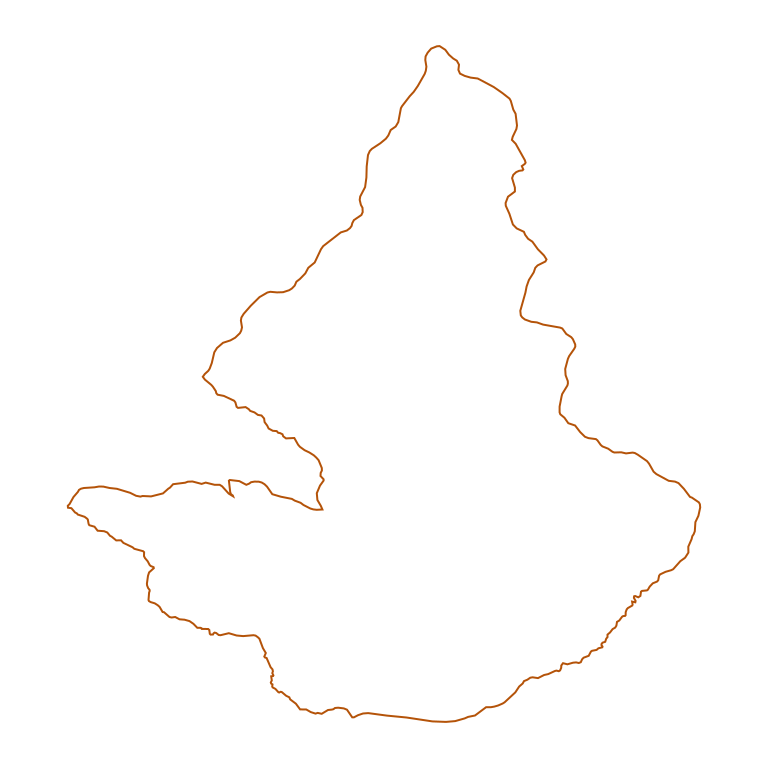 the district of Aratoca, Santander, Colombia
{"feature_id": "7082276B70288083001558", "entity_name": "Aratoca", "entity_type": "district", "adm_level": 2, "iso_a3": "COL", "parent_name": "Colombia", "parent_adm1": "Santander", "projection": "albers", "projection_center": [-73.027, 6.735], "detail": "fine", "context": "isolated", "style": "outline", "palette": "amber", "viewbox_px": 768, "rotation_deg": 0, "n_neighbors": 0, "source": "geoboundaries", "source_scale": "gbopen_adm2", "svg_char_len": 6080}
<svg xmlns="http://www.w3.org/2000/svg" viewBox="0 0 768 768"><path d="M445.3,49.8L439.6,46.1L436.9,46.3L431.2,48.6L427.7,52.6L425.6,56.4L425.3,60.0L426.4,66.7L425.8,70.8L424.7,73.9L417.8,86.0L413.7,91.9L409.8,96.1L402.0,106.2L400.9,108.2L398.3,122.1L395.7,126.5L390.7,130.0L388.3,135.5L385.9,138.7L380.3,143.3L371.9,148.8L369.8,151.0L368.0,155.0L366.7,166.4L366.4,177.5L365.1,187.1L360.2,196.5L359.7,199.9L360.9,204.9L362.5,207.8L362.7,212.1L361.4,215.0L353.9,220.1L352.3,223.1L351.6,225.9L350.0,228.1L346.9,230.5L340.8,232.4L323.2,246.1L321.0,249.2L314.7,262.5L308.3,267.8L305.3,273.4L299.9,279.0L296.4,281.7L294.7,285.6L291.9,288.5L289.2,290.2L283.1,292.2L277.0,292.4L270.3,291.8L267.4,292.5L259.5,297.1L250.8,305.7L243.7,313.8L241.4,317.5L240.9,320.5L242.0,327.4L241.2,330.7L239.9,333.2L235.2,337.7L230.4,340.4L223.0,342.8L217.0,348.0L214.3,352.3L211.8,363.0L209.7,368.6L208.3,370.8L204.8,374.0L202.8,376.8L204.9,379.6L211.3,384.9L212.9,386.7L215.8,391.1L216.3,393.2L217.6,394.7L223.8,395.9L234.2,400.8L235.4,402.4L236.6,406.8L238.0,407.9L245.6,407.1L248.8,409.2L250.2,410.9L254.5,412.4L257.9,414.9L261.5,415.5L264.1,418.5L264.6,422.1L267.2,425.6L268.6,428.5L272.8,430.8L276.7,431.1L278.2,432.8L280.1,433.1L282.5,434.3L283.2,436.3L286.0,438.4L294.3,438.0L298.1,444.7L299.9,446.8L304.6,450.2L309.4,452.5L313.8,455.3L316.3,457.6L318.6,460.2L321.8,468.0L321.9,470.5L320.7,472.9L320.5,476.0L323.6,479.3L323.6,480.6L320.0,485.6L316.8,493.2L317.4,500.0L320.8,505.8L322.4,509.5L316.7,509.8L313.3,509.4L310.3,508.5L303.5,505.0L300.6,502.8L294.7,500.6L291.9,498.9L280.8,496.7L272.3,494.2L267.0,486.6L264.5,484.2L261.7,482.5L258.8,481.7L254.5,481.6L251.1,482.2L249.2,483.6L246.3,484.8L239.3,481.1L229.8,480.0L228.9,480.7L230.2,492.0L230.9,494.1L232.8,495.5L233.1,496.3L228.7,493.6L222.1,486.3L219.7,484.8L214.6,484.8L205.7,482.6L201.6,483.9L192.5,481.5L187.8,481.7L185.2,482.7L173.1,484.2L169.9,487.7L168.4,488.6L163.0,493.4L151.1,496.4L142.6,496.0L140.4,496.6L136.1,495.8L130.1,492.8L116.9,488.8L109.6,488.0L103.3,486.6L99.1,486.5L94.5,487.3L83.9,488.0L81.0,488.7L79.0,489.9L77.9,491.9L73.5,497.0L69.6,504.0L67.8,505.8L68.0,507.7L71.4,508.2L75.1,512.5L76.9,513.4L77.7,514.5L84.6,516.8L87.0,518.6L87.8,519.5L88.6,523.9L89.3,525.2L94.5,526.7L97.6,530.7L104.1,531.2L107.3,532.5L110.0,535.8L111.6,536.6L116.2,540.4L121.0,540.3L123.4,542.9L132.6,547.3L134.3,548.8L143.1,551.2L144.1,552.2L144.0,556.1L145.0,558.1L147.7,561.3L149.6,564.9L150.7,566.0L153.6,567.2L153.8,568.2L149.1,572.4L148.0,575.8L146.9,583.7L147.1,585.5L148.2,588.2L149.5,589.7L149.7,590.9L149.1,592.6L148.5,600.0L149.0,601.1L150.7,602.1L154.7,603.3L157.7,605.2L159.6,606.9L162.6,612.0L164.0,612.2L169.5,617.0L171.6,617.5L175.2,617.0L179.5,619.3L184.5,619.7L189.5,621.1L193.4,623.8L197.3,627.8L200.4,627.8L201.5,628.2L201.7,628.9L208.2,629.0L209.3,630.0L209.8,633.8L210.6,634.6L213.0,634.5L213.6,633.3L214.6,632.6L216.2,633.0L218.7,635.0L220.5,635.2L228.8,633.2L236.6,635.5L243.2,636.1L253.5,635.2L255.6,635.6L257.8,637.2L259.4,638.7L262.9,648.1L265.8,653.0L264.3,656.6L265.0,657.5L266.6,658.0L270.6,667.2L272.5,669.4L272.9,671.3L272.3,673.1L273.4,675.4L273.1,676.0L271.2,676.3L271.8,680.4L270.8,682.5L271.2,683.6L272.5,684.4L272.2,686.4L272.6,687.4L275.4,688.9L278.4,692.2L279.2,692.5L280.5,691.8L281.7,692.0L286.2,695.8L289.3,697.3L290.2,699.4L295.9,703.7L300.1,709.4L306.3,709.5L310.8,712.1L315.5,713.6L317.7,712.9L321.7,713.8L328.0,710.0L331.8,709.6L333.4,709.2L335.0,708.0L338.1,707.7L343.8,708.4L347.0,709.7L352.2,717.3L354.0,717.3L358.0,715.2L363.0,713.5L368.2,713.1L386.9,715.6L406.5,717.5L432.4,721.4L446.0,721.9L455.2,721.1L464.7,718.4L468.1,716.9L475.0,715.5L486.1,707.2L490.9,707.2L494.3,706.6L498.1,705.5L502.7,703.5L504.6,702.3L515.3,692.4L519.2,686.5L522.7,683.5L524.0,681.1L527.4,679.7L530.3,677.7L532.6,677.3L538.0,678.1L544.1,675.0L548.2,674.1L554.9,671.0L556.4,670.6L558.8,671.2L560.1,670.4L561.2,667.8L561.3,665.5L563.0,663.2L567.4,664.3L573.0,662.7L576.1,662.4L578.8,663.0L580.8,662.2L582.1,659.3L583.6,657.7L588.7,655.8L590.9,651.6L592.0,650.8L596.6,649.9L598.4,648.3L602.3,647.3L602.5,646.5L601.5,645.2L601.5,644.1L602.5,642.7L605.2,641.8L606.2,638.7L607.5,637.1L607.5,634.6L610.0,632.5L612.6,629.1L615.2,627.6L616.4,625.6L617.0,621.9L619.3,620.5L622.1,616.7L623.1,616.1L625.1,615.9L625.6,615.3L625.7,612.1L626.7,609.4L627.8,608.1L632.3,605.5L632.6,604.5L632.1,601.6L635.3,602.3L635.6,600.9L633.9,597.9L634.1,596.3L635.1,596.0L638.3,597.3L640.4,595.9L641.0,591.7L642.0,590.9L646.9,590.4L647.9,589.7L649.7,586.6L652.8,583.3L657.0,581.6L658.2,580.3L659.1,575.7L660.1,574.4L665.6,571.8L671.2,570.2L673.2,569.2L680.3,561.2L685.1,557.7L688.4,552.6L688.3,546.7L691.6,539.1L692.3,536.2L693.6,534.3L694.8,531.3L695.4,522.1L698.4,515.8L700.2,507.5L699.9,504.3L698.9,502.4L691.9,497.6L690.0,496.9L683.9,488.8L678.5,483.1L675.0,481.6L668.7,480.8L656.4,474.1L653.6,471.7L649.0,463.6L647.0,461.1L637.8,454.7L634.8,453.0L632.6,452.6L626.0,453.4L621.2,452.3L614.3,452.5L612.5,451.8L608.2,448.7L602.4,446.4L600.7,444.9L597.4,440.3L595.9,439.1L588.4,438.1L585.0,436.8L580.2,432.1L575.1,425.5L568.3,423.2L564.4,417.7L560.3,414.3L559.6,412.4L559.6,406.6L561.6,396.3L562.2,394.0L567.4,385.5L567.9,383.5L567.8,381.1L565.6,375.2L565.2,369.0L567.9,358.9L569.2,356.0L574.3,348.7L575.3,346.6L575.2,344.4L572.9,339.2L571.3,337.2L566.3,334.0L562.3,328.5L560.1,327.6L543.1,324.6L536.9,322.4L531.3,321.8L524.9,319.5L522.2,317.4L520.8,315.4L520.3,310.8L525.4,292.7L526.6,286.5L528.9,280.0L533.7,272.4L535.3,267.8L537.6,265.4L545.4,261.5L546.5,259.4L544.0,255.5L537.9,249.3L532.4,241.7L528.1,238.8L525.2,234.9L523.9,231.8L516.7,228.4L512.9,224.5L509.4,213.8L505.8,205.8L505.6,203.0L508.0,196.7L514.9,191.5L514.9,187.6L512.1,178.1L513.3,174.8L516.2,172.1L519.2,170.8L522.5,170.4L523.3,169.5L521.8,166.1L524.7,164.0L525.6,162.7L524.9,160.3L515.7,143.8L511.9,139.9L512.7,136.8L516.4,129.0L517.0,125.5L515.6,113.8L513.3,109.6L510.8,100.9L509.5,98.6L502.2,92.9L493.7,87.0L477.7,78.5L470.6,77.6L464.7,75.9L460.0,73.6L458.4,69.9L459.0,64.7L456.8,60.7L453.2,58.5L448.9,54.7L445.3,49.8Z" fill="none" stroke="#b45309" stroke-width="2"/></svg>